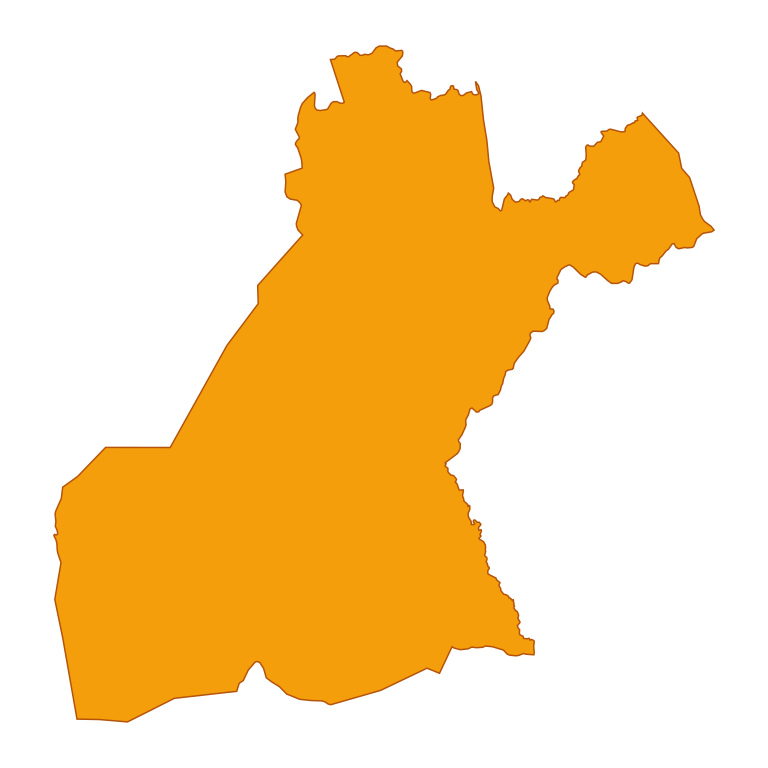 Mossurize, Manica, Mozambique (Natural Earth projection)
{"feature_id": "85939544B24800488676804", "entity_name": "Mossurize", "entity_type": "district", "adm_level": 2, "iso_a3": "MOZ", "parent_name": "Mozambique", "parent_adm1": "Manica", "projection": "natural_earth1", "projection_center": [33.088, -20.472], "detail": "fine", "context": "isolated", "style": "filled", "palette": "amber", "viewbox_px": 768, "rotation_deg": 0, "n_neighbors": 0, "source": "geoboundaries", "source_scale": "gbopen_adm2", "svg_char_len": 6033}
<svg xmlns="http://www.w3.org/2000/svg" viewBox="0 0 768 768"><path d="M642.4,113.1L641.9,115.3L637.5,117.1L637.1,117.7L637.6,120.4L635.1,121.0L634.2,122.9L632.8,122.9L630.8,124.2L627.3,125.4L625.3,128.4L624.9,131.6L621.1,131.9L611.0,129.3L609.2,129.3L606.7,131.1L601.7,131.3L601.2,131.6L601.1,132.4L603.7,136.1L600.8,141.6L597.3,142.4L593.7,146.3L589.5,146.1L588.1,145.0L586.7,145.3L585.7,147.3L586.2,154.9L585.9,159.3L585.3,160.4L582.4,162.4L581.7,166.3L580.3,167.4L578.8,170.1L578.6,171.3L579.8,174.3L578.2,176.0L576.9,178.5L574.5,179.8L572.5,181.8L572.9,183.4L574.3,184.6L573.4,189.9L569.0,192.4L567.7,195.1L565.8,196.2L564.9,197.7L560.8,197.3L559.8,198.4L559.1,200.4L557.7,200.4L555.9,201.9L555.1,201.5L554.1,199.3L553.3,198.8L545.3,197.4L542.9,195.8L541.6,197.0L540.0,197.3L539.1,199.0L537.6,200.1L531.6,199.3L530.1,201.9L529.5,201.8L528.8,200.0L527.4,199.8L525.5,200.8L522.4,198.7L520.6,199.4L519.2,201.4L516.0,202.2L514.3,201.3L512.1,199.1L510.5,194.9L508.3,193.1L507.6,194.9L504.4,198.8L501.7,210.2L500.2,210.9L498.2,208.5L494.8,206.9L492.3,201.9L492.1,197.2L493.7,188.2L488.8,161.2L486.9,140.6L483.5,119.9L481.0,95.9L478.5,85.7L475.5,81.4L476.7,89.5L478.6,92.7L478.4,93.9L477.6,94.4L475.3,95.0L473.7,94.6L472.8,94.1L471.5,91.6L466.5,92.9L463.3,95.4L460.9,95.6L459.2,94.2L457.9,90.4L457.0,89.7L453.8,89.0L453.5,86.0L451.4,85.7L450.3,87.0L450.0,89.1L448.2,90.4L446.0,93.8L444.4,94.9L440.6,95.5L437.7,96.8L436.5,98.3L431.9,99.9L430.9,99.6L430.2,98.7L430.7,94.3L429.9,92.5L421.6,90.4L414.4,93.1L413.2,93.1L411.8,91.3L411.6,86.3L410.1,84.0L407.0,80.6L405.6,82.3L404.2,82.2L403.1,81.3L400.1,73.7L401.6,71.4L401.5,69.0L397.8,66.0L397.2,63.1L397.5,61.9L402.4,55.9L402.8,52.2L402.6,51.1L401.7,50.4L395.5,50.9L392.7,48.8L390.0,48.0L386.7,46.1L379.2,46.1L376.1,47.8L372.0,53.3L368.4,54.8L364.3,54.3L363.1,55.1L360.3,55.4L357.1,52.5L354.6,52.3L348.4,56.8L347.1,56.7L345.6,55.7L338.5,55.9L337.2,56.4L334.7,59.2L330.4,59.5L344.3,102.2L342.9,103.1L340.6,103.3L336.8,101.6L333.2,101.7L330.9,103.5L327.9,108.6L326.8,109.5L320.6,110.5L316.8,110.1L315.0,107.8L314.4,105.3L315.1,94.8L314.6,92.6L314.0,92.4L307.8,97.4L302.3,103.5L300.5,107.5L298.4,114.9L297.8,118.3L297.9,122.5L295.3,129.3L299.4,137.2L299.1,138.7L297.7,139.8L295.6,142.9L295.4,144.6L297.7,147.9L300.9,157.3L301.7,160.9L302.2,168.1L285.1,174.2L285.8,181.7L285.1,192.0L286.9,196.8L290.3,199.1L297.2,200.3L299.7,202.5L301.4,205.3L296.3,223.4L296.5,225.8L297.9,229.9L302.7,235.0L257.7,285.5L258.2,303.7L226.9,345.5L170.2,447.5L105.6,447.4L77.7,476.4L62.7,487.2L61.3,498.5L55.7,511.2L55.1,513.9L55.9,521.7L55.3,526.1L57.3,530.9L57.6,533.6L57.2,534.6L55.9,535.0L54.4,534.4L53.9,535.6L56.0,539.9L56.9,543.6L57.2,550.0L57.8,553.1L61.0,562.6L54.8,599.4L62.8,638.2L77.0,719.1L98.9,719.5L127.5,721.9L174.4,698.3L236.7,691.3L239.2,683.3L243.3,680.5L248.3,670.0L255.2,662.0L256.7,661.5L259.6,662.3L263.6,668.4L266.3,677.8L271.7,681.9L279.2,686.5L286.8,694.1L299.7,699.3L310.9,700.5L321.7,700.9L324.7,701.7L328.1,704.0L330.8,704.7L380.8,690.3L427.0,668.2L439.5,673.3L452.0,646.8L454.0,648.0L460.3,649.7L468.2,648.8L471.7,647.1L476.2,647.7L482.6,647.3L485.5,646.0L492.8,646.8L503.5,650.1L507.3,654.2L509.8,655.2L516.1,655.8L518.7,655.4L523.6,653.5L525.7,654.2L533.9,654.8L534.2,652.6L533.7,646.2L534.3,641.7L533.8,640.5L531.5,639.5L530.0,640.1L529.4,638.6L528.6,638.3L527.6,638.8L523.6,638.5L523.1,636.3L520.0,634.8L519.4,633.6L519.6,629.7L518.0,627.8L517.4,625.5L519.9,622.7L519.8,621.5L517.9,618.6L518.6,615.4L517.7,612.5L516.6,611.0L515.8,610.8L514.0,608.3L513.9,607.2L514.5,606.3L513.7,604.8L514.0,604.0L513.6,601.9L513.1,601.5L513.5,600.5L513.2,599.7L512.0,600.1L510.4,598.2L509.0,598.0L508.7,596.6L507.3,595.3L503.5,594.0L500.8,590.5L500.7,588.6L499.4,586.4L499.0,584.9L500.0,582.6L496.7,580.0L496.0,578.1L488.3,574.2L487.8,573.1L487.8,570.7L489.3,568.4L489.1,567.2L488.0,566.6L487.2,563.4L486.2,562.0L487.0,559.4L486.8,557.5L484.9,555.9L484.7,555.1L485.7,551.4L485.3,550.3L485.6,547.3L485.3,544.9L483.7,541.9L479.3,539.0L479.1,537.9L480.7,536.7L480.9,535.7L480.0,534.7L481.4,531.1L481.2,529.8L478.9,530.2L478.5,528.3L478.8,527.0L480.5,525.2L480.8,524.1L479.1,522.2L477.0,522.3L475.5,520.4L474.2,519.9L473.4,520.8L473.3,521.9L474.7,523.8L474.1,524.5L471.4,524.6L471.1,521.3L468.6,517.3L468.1,514.8L468.3,512.8L469.8,509.4L469.8,506.0L469.2,505.6L467.9,506.3L467.8,504.6L463.9,501.0L463.7,498.9L462.5,495.8L463.4,490.6L463.1,489.8L460.0,490.2L459.0,489.7L457.4,484.8L456.3,482.9L455.3,482.3L456.5,479.7L456.3,478.9L453.7,475.7L450.7,474.9L448.4,472.4L447.9,471.7L447.9,468.3L445.1,466.1L446.1,463.7L445.2,462.8L457.4,453.5L459.3,450.6L460.1,448.3L460.3,443.7L458.5,441.1L458.4,439.8L461.9,434.8L465.2,427.5L466.1,424.7L465.7,421.6L465.9,419.3L468.3,415.1L470.1,408.8L472.0,408.0L476.5,412.1L478.7,411.8L479.9,410.2L490.3,405.5L491.9,404.1L492.6,402.1L492.6,398.2L493.2,396.6L493.7,395.9L498.2,394.5L500.6,389.6L501.1,386.5L502.6,383.7L503.7,378.3L505.2,374.7L505.7,371.5L508.4,370.0L512.3,369.3L513.2,368.3L514.3,363.2L518.4,357.4L524.0,351.0L529.3,341.4L530.6,338.6L530.7,337.2L530.0,335.5L530.3,333.3L533.0,331.2L542.2,331.5L544.4,330.5L546.7,328.4L549.0,319.6L552.2,314.4L553.6,313.4L554.0,311.2L553.1,309.2L550.0,308.8L549.7,306.0L547.3,300.2L547.2,297.6L550.0,290.9L552.0,287.6L554.0,285.2L557.9,283.1L558.0,280.2L557.0,279.1L556.9,277.8L560.8,269.7L564.1,267.2L568.9,264.9L570.0,265.0L573.4,267.2L580.7,274.4L585.0,277.1L585.8,277.2L587.4,274.9L592.5,272.1L596.1,271.9L600.7,274.2L607.6,280.5L611.6,283.4L617.6,283.4L621.5,281.9L622.8,280.7L625.9,281.5L628.1,283.1L629.1,283.2L629.8,282.9L632.0,279.7L634.0,266.9L635.6,263.7L637.5,263.1L640.7,264.8L645.0,266.1L647.7,265.8L650.5,263.7L658.5,263.6L659.2,259.7L660.1,257.7L662.3,255.8L665.7,251.3L668.6,249.1L672.0,244.1L674.0,243.5L676.1,247.4L678.7,248.8L684.4,247.5L687.4,247.9L692.3,247.4L693.8,246.3L696.7,238.7L702.0,234.0L703.5,233.2L711.7,231.8L714.1,230.1L710.9,226.2L704.5,221.5L702.4,218.6L700.4,214.6L699.1,206.2L689.6,177.5L681.7,168.4L678.6,153.1L642.4,113.1Z" fill="#f59e0b" stroke="#b45309" stroke-width="1.5"/></svg>